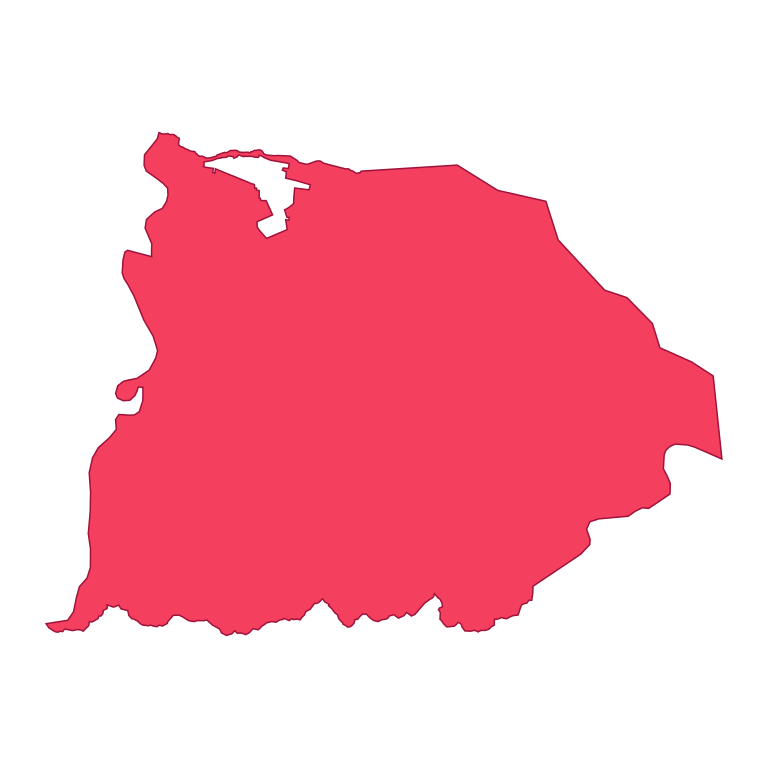 outline of Chuy, Chuy, Kyrgyzstan
{"feature_id": "92254566B95692459438099", "entity_name": "Chuy", "entity_type": "district", "adm_level": 2, "iso_a3": "KGZ", "parent_name": "Kyrgyzstan", "parent_adm1": "Chuy", "projection": "orthographic", "projection_center": [75.313, 42.647], "detail": "fine", "context": "isolated", "style": "filled", "palette": "rose", "viewbox_px": 768, "rotation_deg": 0, "n_neighbors": 0, "source": "geoboundaries", "source_scale": "gbopen_adm2", "svg_char_len": 6089}
<svg xmlns="http://www.w3.org/2000/svg" viewBox="0 0 768 768"><path d="M46.1,623.7L48.7,627.6L53.1,630.6L56.0,632.0L58.4,632.1L60.2,631.2L62.7,631.6L64.6,629.0L72.6,630.6L77.2,629.6L80.8,630.0L83.3,631.2L84.4,629.8L88.7,625.7L89.4,621.7L92.3,621.9L98.0,618.6L98.9,616.1L101.1,615.9L102.6,614.1L103.1,612.6L103.3,610.4L107.0,608.6L107.3,607.6L107.0,604.9L113.4,607.1L115.5,606.5L118.7,605.1L121.0,608.9L127.8,610.6L128.9,615.7L129.4,615.9L131.8,618.8L133.2,618.8L137.6,621.1L138.3,621.9L141.4,624.5L143.3,625.2L146.7,625.5L148.3,625.8L150.6,625.1L153.4,626.1L157.2,626.7L157.9,626.0L159.6,625.1L162.3,626.1L167.4,623.4L167.7,621.7L173.2,615.4L179.0,615.1L183.1,617.1L185.1,618.5L189.0,620.8L194.4,621.6L197.2,620.6L204.0,620.7L206.7,619.9L212.4,625.0L219.7,629.1L221.4,632.8L226.3,635.4L231.9,633.8L234.7,630.8L237.3,633.3L239.5,633.0L242.6,633.4L245.4,634.6L246.2,634.4L249.3,632.7L252.9,628.8L256.2,629.3L258.4,629.8L261.8,626.2L265.4,623.9L266.4,622.9L271.6,621.6L276.1,622.2L278.8,620.4L280.1,619.8L282.8,619.6L283.8,618.4L286.3,619.3L289.2,620.6L291.7,618.7L293.3,619.6L296.8,619.1L300.3,619.8L302.1,617.1L304.2,615.2L306.0,611.4L310.1,609.4L314.5,603.4L316.4,603.5L318.7,602.5L322.6,598.8L324.7,601.8L329.3,604.5L328.5,605.7L331.8,608.7L334.9,612.9L337.5,614.8L338.7,618.6L339.8,620.0L342.8,622.9L343.0,624.2L346.1,625.8L347.8,627.1L350.3,626.7L352.3,625.2L354.1,623.0L354.9,619.6L357.7,619.3L359.9,616.5L362.6,614.0L365.2,614.2L366.3,614.0L369.7,617.6L373.6,620.5L377.9,621.6L381.7,619.8L386.4,619.0L387.8,618.2L389.2,616.0L394.1,614.7L395.7,616.1L398.4,618.1L402.2,616.5L404.1,615.5L406.7,612.4L411.4,616.0L414.9,614.4L424.6,603.2L429.8,599.4L432.2,598.1L433.5,596.6L434.5,593.8L438.2,598.0L440.4,599.5L440.8,600.9L442.0,602.9L442.4,606.8L439.5,608.0L438.5,609.7L440.3,612.5L440.0,619.3L441.9,621.2L443.6,623.8L446.8,626.9L450.2,626.6L454.2,626.2L456.2,624.6L458.2,622.5L459.4,622.9L461.2,624.2L462.0,626.8L464.8,630.9L470.6,631.2L474.8,630.3L478.1,631.9L481.1,630.4L485.5,630.4L489.3,629.0L491.3,626.8L494.3,625.1L494.4,619.4L497.4,619.2L501.9,617.5L503.8,618.3L506.8,618.7L509.4,617.2L513.1,615.6L518.1,615.0L520.9,606.4L522.2,604.3L526.9,603.0L529.1,600.1L531.7,600.3L532.7,593.9L533.0,586.2L580.7,554.2L589.8,544.5L590.1,539.3L586.6,529.2L589.8,521.8L598.6,518.9L628.3,516.2L635.0,511.4L642.3,507.8L648.7,508.4L670.0,494.0L670.3,483.4L667.0,475.7L663.4,468.8L664.2,454.7L665.9,450.2L670.1,446.4L675.2,444.1L687.8,445.0L694.8,447.2L721.9,459.0L713.2,376.0L691.5,361.9L659.9,347.8L652.4,323.5L626.9,297.6L604.7,290.2L558.2,240.0L545.9,201.3L497.8,190.4L457.2,165.1L361.7,171.1L360.9,171.4L360.2,172.6L358.6,172.8L357.0,173.4L356.6,173.4L352.1,170.7L350.4,170.4L349.7,169.6L348.3,168.8L345.6,168.9L335.8,166.4L328.1,164.4L323.1,163.0L322.2,162.2L321.1,161.6L320.4,161.1L320.2,161.0L318.6,160.9L317.5,161.0L315.9,161.2L309.7,163.5L307.6,164.2L306.7,164.2L305.2,164.0L299.8,162.7L298.9,162.4L297.2,160.5L290.5,156.1L281.0,155.6L277.7,155.5L274.3,155.7L267.7,155.1L266.7,155.1L264.0,153.9L263.7,153.5L262.9,152.1L262.1,151.1L260.8,150.1L259.2,149.9L255.8,150.3L254.3,150.5L253.4,150.9L252.0,151.7L250.7,151.9L250.6,152.3L250.3,152.7L250.0,152.8L249.4,152.8L248.2,152.2L246.7,152.2L243.4,152.4L240.2,152.2L239.0,151.9L237.2,150.6L236.3,150.4L234.0,150.3L232.3,150.5L230.8,150.4L230.3,150.7L228.8,151.4L228.3,151.7L227.7,152.3L227.0,152.5L225.9,152.6L224.5,152.4L219.7,154.0L218.5,154.7L218.0,154.6L217.3,154.9L216.8,155.3L216.4,155.7L216.2,156.3L214.0,156.7L212.1,157.4L209.2,157.9L206.3,158.2L206.2,157.9L205.1,157.5L203.1,156.5L201.6,156.0L200.1,156.4L198.1,155.4L196.8,153.9L196.0,153.5L195.4,152.5L195.1,151.9L193.2,151.2L192.8,151.5L191.5,151.3L188.7,150.3L188.6,150.1L187.7,149.6L185.7,149.0L184.3,148.2L184.0,148.0L183.8,147.6L183.0,147.2L182.6,147.2L180.4,146.3L179.5,145.6L179.0,145.4L178.8,145.0L178.6,144.0L178.7,143.1L178.8,142.3L178.8,140.8L179.4,139.5L179.2,138.4L178.9,138.1L176.5,136.9L176.2,136.3L175.7,135.7L175.2,135.8L174.0,134.6L172.6,134.5L170.9,134.5L169.9,134.6L168.8,134.1L168.0,133.6L167.3,133.6L166.4,133.9L165.3,133.9L163.9,134.1L162.7,133.8L161.6,133.8L160.4,133.5L159.9,132.7L159.0,132.6L157.2,139.0L144.5,154.8L144.1,165.3L146.3,171.1L157.1,178.7L163.3,183.5L167.6,188.2L168.0,195.1L166.5,201.6L162.2,208.5L154.9,211.8L146.5,219.4L145.1,228.1L147.6,233.9L151.8,243.9L151.6,249.1L151.5,254.9L151.7,256.7L141.6,254.0L127.5,250.3L124.9,252.1L123.1,259.4L122.2,272.9L124.1,278.7L127.9,284.6L134.0,296.0L143.8,320.0L153.2,336.3L157.6,350.5L155.7,358.2L149.2,370.1L136.8,378.5L128.8,379.9L123.3,381.4L117.8,385.7L115.6,393.4L117.5,398.1L123.3,400.7L129.8,400.3L134.9,395.6L137.1,390.9L138.2,387.2L142.9,387.2L142.9,400.3L139.3,411.6L134.5,414.9L129.4,415.2L123.6,414.8L118.9,414.5L115.6,419.6L116.3,429.4L109.4,437.8L98.4,447.6L92.6,457.7L89.2,472.7L90.6,492.7L90.2,511.7L88.3,533.5L90.5,548.8L90.4,567.4L87.1,578.0L79.4,586.7L76.5,597.3L73.5,611.9L67.7,620.3L46.1,623.7ZM203.4,166.5L203.9,166.0L204.0,165.7L204.1,161.9L212.0,160.6L216.9,158.7L221.2,158.0L221.6,157.5L223.8,157.5L226.5,157.3L228.0,156.0L232.9,156.5L233.9,158.3L237.7,156.5L238.1,155.3L239.5,155.0L242.0,156.3L244.4,156.6L244.8,156.1L246.7,156.4L249.4,156.3L252.4,156.5L254.5,157.1L258.4,157.4L258.9,156.6L259.3,155.3L260.9,155.6L264.6,157.8L268.7,159.5L269.8,159.9L270.9,160.3L281.1,162.1L285.4,162.8L289.2,163.7L288.4,168.5L283.2,168.0L282.4,170.2L286.3,171.7L286.1,174.9L285.7,178.2L296.4,180.7L310.3,184.8L309.0,189.8L294.7,188.0L293.9,196.5L293.6,203.6L289.9,206.7L286.8,208.8L284.6,209.8L285.5,212.8L286.9,217.3L289.3,217.4L288.9,220.2L285.7,219.7L287.2,229.6L281.2,232.2L266.5,238.4L259.2,230.1L257.2,226.9L257.0,221.8L272.6,214.9L266.1,200.6L261.1,200.6L260.2,198.2L259.2,198.1L259.2,194.3L259.2,192.4L259.2,190.7L258.7,190.5L256.4,190.0L256.5,189.1L256.6,188.3L256.4,188.1L254.7,188.1L254.6,186.7L254.5,185.5L254.6,185.2L254.2,184.8L254.0,184.5L253.8,184.2L253.0,184.1L251.6,183.7L246.9,181.7L238.4,178.2L233.5,176.2L226.9,173.6L215.5,168.8L214.7,173.2L212.6,172.3L213.5,168.4L209.2,167.8L205.9,167.3L204.8,167.2L203.4,166.5Z" fill="#f43f5e" stroke="#9f1239" stroke-width="1.5"/></svg>